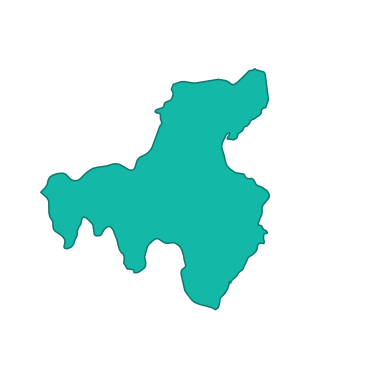 the border of Hwanghae-bukto, rotated 229°
{"feature_id": "PRK-3303", "entity_name": "Hwanghae-bukto", "entity_type": "Province", "adm_level": 1, "iso_a3": "PRK", "parent_name": "North Korea", "parent_adm1": "", "projection": "equal_earth", "projection_center": [126.361, 38.471], "detail": "fine", "context": "isolated", "style": "filled", "palette": "teal", "viewbox_px": 384, "rotation_deg": 229, "n_neighbors": 0, "source": "natural_earth", "source_scale": "10m", "svg_char_len": 5204}
<svg xmlns="http://www.w3.org/2000/svg" viewBox="0 0 384 384"><g transform="rotate(229 192 192)"><path d="M285.5,248.4L282.5,256.0L280.2,258.8L274.6,263.4L272.0,266.0L259.7,285.8L253.9,290.6L250.1,292.1L247.5,292.4L245.7,293.7L244.9,298.3L246.0,314.8L245.9,314.8L244.3,317.3L243.7,320.3L242.3,320.5L239.2,322.5L235.2,325.0L232.7,324.4L212.4,310.8L211.2,309.7L207.7,303.4L207.3,303.0L208.2,301.4L208.5,300.6L208.7,299.5L208.4,298.5L207.6,297.4L206.7,296.7L206.0,295.5L205.7,293.6L206.3,287.5L206.6,286.1L207.0,285.3L207.3,284.2L207.2,282.6L206.2,280.5L205.6,277.4L206.8,274.3L205.1,270.2L205.6,265.3L205.1,263.8L204.4,263.0L203.5,261.8L203.4,260.4L203.9,258.2L204.7,257.0L206.5,255.7L207.3,254.9L208.0,254.0L208.7,253.5L209.3,253.6L209.7,254.2L210.5,257.0L210.9,257.9L211.4,258.6L211.9,258.9L212.5,258.5L212.8,257.4L212.8,255.5L212.3,254.1L211.3,252.1L210.2,249.1L209.2,247.3L207.9,245.4L207.1,244.5L206.2,243.8L205.3,243.2L197.9,239.9L193.7,237.5L190.4,236.1L188.5,235.6L185.3,235.7L178.9,237.1L178.2,237.5L177.3,238.0L172.8,241.9L171.9,242.6L171.0,242.8L170.0,242.7L168.2,242.1L167.3,242.1L166.4,242.4L165.5,243.0L164.7,243.8L163.3,245.7L162.1,246.3L160.5,246.5L155.9,245.4L154.5,245.3L153.6,245.7L150.1,247.8L144.7,249.2L143.5,249.3L142.0,249.2L139.7,248.7L138.5,247.9L137.6,247.0L137.2,246.1L136.9,245.1L135.6,237.7L135.1,235.8L134.3,234.7L130.3,231.2L129.2,229.8L128.4,228.5L128.3,227.5L128.0,226.6L126.2,224.2L125.5,222.3L124.8,221.2L123.9,220.8L123.1,220.9L122.3,221.3L121.6,221.9L120.7,222.2L117.5,221.5L116.3,221.6L114.0,222.6L111.9,222.3L111.5,221.6L111.8,220.9L112.4,220.3L112.8,219.8L112.9,219.1L112.7,218.2L111.8,217.2L110.0,215.5L107.1,213.9L106.1,212.8L106.1,212.2L107.2,211.4L107.9,210.7L108.6,209.8L109.0,208.9L109.2,208.1L109.0,207.3L108.7,206.8L106.2,203.4L105.8,202.8L105.5,202.1L105.3,201.3L105.1,199.4L105.0,196.3L105.1,195.3L105.2,194.3L105.6,193.3L105.7,192.3L105.6,191.3L104.5,188.8L103.3,186.6L102.8,185.0L102.3,183.5L101.1,181.5L100.5,180.2L100.3,179.0L100.5,174.9L100.5,173.9L100.2,172.9L99.4,170.9L99.3,169.9L99.2,164.7L98.8,162.4L98.0,161.6L99.6,161.1L98.2,159.7L96.5,156.7L95.7,155.8L93.8,150.1L93.5,145.2L93.3,143.8L92.7,142.7L90.1,140.0L88.5,137.8L87.8,136.3L87.5,135.1L87.7,132.6L92.0,131.0L102.4,123.9L107.1,121.5L111.0,121.0L120.5,121.6L122.7,122.1L137.3,130.0L138.1,130.6L138.9,131.4L139.5,132.3L139.8,133.2L140.0,134.2L139.8,137.2L140.1,138.3L140.9,139.2L146.5,141.9L148.9,143.6L154.6,146.2L158.3,147.0L160.5,146.8L163.5,146.1L164.7,145.6L165.8,144.9L166.5,144.0L169.1,140.2L169.8,139.3L171.0,138.4L172.5,137.6L178.2,136.1L179.0,135.6L179.8,134.8L180.4,134.0L180.7,133.0L180.9,132.0L180.8,125.8L180.7,124.8L180.5,123.9L180.2,123.0L179.7,122.1L174.5,114.2L174.0,113.7L173.3,113.1L169.8,111.2L168.1,109.9L167.3,109.1L166.7,108.2L166.3,107.3L166.0,106.3L165.9,105.4L165.9,104.4L166.3,100.5L166.5,99.5L166.8,98.4L167.4,97.2L168.7,95.8L169.5,95.4L170.4,96.4L171.6,96.6L173.2,95.7L174.3,94.5L175.5,93.8L176.2,92.8L177.4,92.7L178.1,93.0L182.6,93.7L183.4,94.0L184.3,95.3L185.9,96.8L186.5,97.5L188.3,98.6L190.9,99.5L192.0,98.9L192.9,98.9L195.8,99.4L196.8,99.7L201.4,101.9L202.3,102.5L203.2,103.0L203.9,103.3L205.2,104.0L215.4,107.6L217.0,107.7L219.4,107.6L220.3,106.8L220.9,106.0L221.3,105.1L221.4,104.5L221.5,103.8L221.5,103.1L221.4,101.8L221.0,100.1L220.4,98.3L219.5,96.4L219.3,95.2L219.6,93.7L221.4,91.4L222.5,90.6L223.6,90.4L224.6,90.7L231.8,95.5L233.6,95.8L236.1,95.8L241.4,95.3L243.5,94.4L244.5,93.5L244.4,92.6L244.1,91.7L243.6,90.7L242.4,89.4L241.1,87.5L240.6,86.4L240.2,85.4L239.3,82.4L238.8,81.4L238.2,80.5L234.9,77.0L234.2,76.1L233.8,75.1L233.1,73.0L232.6,72.0L230.7,69.0L230.2,68.0L230.0,67.0L229.8,65.9L229.8,64.4L230.2,62.8L231.2,60.5L232.6,59.2L233.7,59.0L234.8,59.6L237.0,62.6L237.8,63.5L238.8,64.2L239.9,64.7L241.0,65.0L243.3,65.1L245.5,64.8L252.4,62.9L253.5,62.9L254.6,63.1L255.7,63.5L257.4,64.6L259.6,66.5L260.6,67.2L261.6,67.6L266.2,68.4L268.3,69.3L270.4,70.6L277.9,76.9L279.9,78.2L283.0,78.7L291.0,77.7L291.7,84.7L292.7,87.7L294.2,89.8L295.0,90.7L295.2,91.1L295.8,92.4L296.2,93.2L296.4,94.2L296.5,95.1L296.3,96.4L296.0,98.0L295.0,100.7L293.8,103.1L291.4,106.3L290.5,107.1L289.7,107.7L288.8,108.1L287.9,108.4L281.0,108.8L280.2,109.1L279.3,109.5L278.4,110.2L277.5,111.0L276.7,111.9L276.1,112.8L275.6,113.8L275.4,115.3L275.3,117.2L275.7,120.8L275.8,125.8L275.4,129.6L275.0,131.6L274.6,133.2L272.5,137.1L267.6,144.7L265.0,150.7L263.6,152.6L262.8,153.5L261.0,155.0L259.1,156.0L250.6,158.8L249.6,159.3L248.8,160.0L248.1,160.8L247.6,161.8L247.3,163.3L247.3,163.6L248.1,165.4L251.2,170.2L251.8,171.4L252.2,172.8L252.4,175.1L252.1,176.5L251.9,177.7L251.5,178.6L251.0,180.7L250.6,182.6L250.6,183.6L250.7,186.4L251.5,190.2L252.6,192.5L262.3,210.1L262.9,211.3L263.0,212.6L263.5,213.8L264.5,214.8L265.4,215.3L266.6,215.7L267.8,216.2L269.1,217.1L270.8,218.7L272.0,219.1L272.8,218.9L274.3,217.6L275.1,217.1L275.9,216.9L276.8,216.8L277.3,217.7L277.4,219.0L276.5,221.8L275.7,223.1L275.1,224.5L274.9,225.5L275.3,226.9L275.7,227.6L276.8,229.3L277.0,230.3L276.9,231.6L276.1,233.6L275.4,235.8L275.8,238.4L278.2,242.0L279.1,242.6L280.4,243.2L282.8,243.6L283.3,244.3L283.8,245.1L284.1,246.0L285.4,248.3L285.5,248.4Z" fill="#14b8a6" stroke="#0f766e" stroke-width="1.5"/></g></svg>